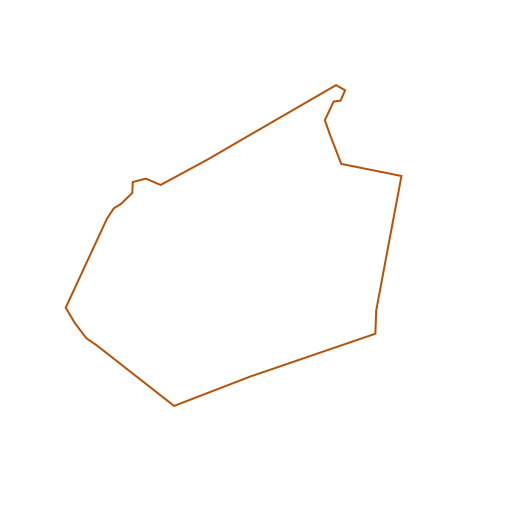 the district of Madeinat Kassala, Kassala, Sudan, rotated 226°
{"feature_id": "16777658B62122659764533", "entity_name": "Madeinat Kassala", "entity_type": "district", "adm_level": 2, "iso_a3": "SDN", "parent_name": "Sudan", "parent_adm1": "Kassala", "projection": "equal_earth", "projection_center": [36.396, 15.436], "detail": "fine", "context": "isolated", "style": "outline", "palette": "amber", "viewbox_px": 512, "rotation_deg": 226, "n_neighbors": 0, "source": "geoboundaries", "source_scale": "gbopen_adm2", "svg_char_len": 485}
<svg xmlns="http://www.w3.org/2000/svg" viewBox="0 0 512 512"><g transform="rotate(226 256 256)"><path d="M212.5,416.2L263.0,381.3L292.2,393.6L305.9,399.9L313.2,419.1L309.0,424.7L313.3,435.2L323.3,432.3L349.9,325.3L358.9,288.6L373.4,236.7L388.2,230.5L394.8,218.8L387.3,210.8L387.3,194.9L389.1,186.8L386.3,174.5L351.0,83.2L333.5,79.1L314.7,76.8L302.7,79.3L205.1,92.9L173.4,167.9L117.2,287.9L133.1,304.4L150.7,329.1L212.5,416.2Z" fill="none" stroke="#b45309" stroke-width="2"/></g></svg>